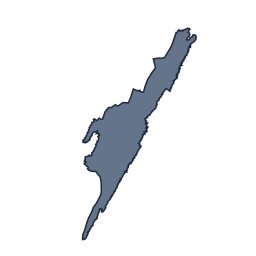 outline of Rangamati, Chittagong, Bangladesh, rotated 37°
{"feature_id": "16705992B35610473312733", "entity_name": "Rangamati", "entity_type": "district", "adm_level": 2, "iso_a3": "BGD", "parent_name": "Bangladesh", "parent_adm1": "Chittagong", "projection": "equal_earth", "projection_center": [92.168, 22.796], "detail": "fine", "context": "isolated", "style": "filled", "palette": "slate", "viewbox_px": 256, "rotation_deg": 37, "n_neighbors": 0, "source": "geoboundaries", "source_scale": "gbopen_adm2", "svg_char_len": 5962}
<svg xmlns="http://www.w3.org/2000/svg" viewBox="0 0 256 256"><g transform="rotate(37 128 128)"><path d="M158.8,244.4L159.4,243.2L160.4,243.1L160.3,242.3L160.7,241.5L159.5,235.9L159.3,235.6L158.7,235.8L158.8,235.1L158.4,234.9L159.1,233.5L158.5,232.7L158.7,231.2L158.4,231.0L158.5,230.3L157.8,228.4L158.5,228.0L158.7,227.2L157.2,224.6L157.5,223.3L156.8,221.0L157.4,220.8L157.7,218.4L156.8,218.0L156.6,216.1L156.1,215.9L155.2,211.7L154.0,210.2L154.3,209.4L155.3,209.3L155.5,208.3L156.7,208.8L156.4,209.8L156.9,210.6L158.0,210.8L158.5,209.0L158.3,205.8L158.1,204.7L157.0,204.4L157.0,200.8L156.7,199.6L156.3,199.4L156.6,194.5L156.1,194.1L156.2,193.4L155.7,192.8L155.9,192.4L155.7,192.0L156.2,191.9L156.2,191.4L155.8,191.2L156.0,190.9L155.7,190.7L155.9,189.1L155.7,188.6L155.9,188.5L155.7,188.5L155.7,187.9L155.4,187.5L155.6,187.5L155.4,186.9L155.7,186.3L155.1,185.0L154.9,181.7L154.5,181.5L154.3,180.2L154.0,180.2L154.1,179.1L153.7,178.9L153.7,177.2L153.4,176.8L153.7,176.4L153.3,176.0L153.6,175.5L153.0,175.5L153.2,174.5L152.9,173.8L153.4,173.5L152.9,173.2L153.3,173.1L153.3,172.6L152.8,171.3L152.9,169.9L152.5,168.9L152.5,165.7L152.2,165.5L152.2,164.9L152.8,164.5L152.1,164.5L152.7,164.1L152.5,163.8L152.9,163.1L152.5,163.0L152.9,162.6L152.5,162.2L152.2,162.6L152.4,162.1L151.8,160.7L152.0,160.6L151.7,159.9L151.9,159.2L151.6,158.7L151.1,158.7L151.0,157.4L150.2,156.9L150.8,156.2L150.7,155.2L151.2,155.4L151.7,155.0L151.7,153.7L151.4,153.8L151.2,153.4L151.8,153.2L151.5,153.2L151.5,151.9L151.0,151.5L151.0,150.8L151.3,151.0L151.4,150.5L150.9,150.2L151.0,149.4L150.7,149.4L151.2,148.5L151.2,147.8L150.6,147.8L150.4,146.9L150.4,145.9L150.7,145.7L150.4,145.1L150.4,144.6L150.8,144.6L150.8,143.8L150.3,142.8L149.5,138.5L149.7,136.8L149.1,136.0L149.4,135.5L148.9,135.6L148.7,134.7L148.4,135.0L147.6,134.3L147.4,134.5L147.1,133.9L145.8,133.9L146.3,133.0L145.8,132.3L145.9,130.6L145.6,129.3L145.4,129.5L145.6,127.8L144.9,126.7L145.1,126.2L144.8,125.8L144.6,126.4L144.4,125.0L143.9,124.8L144.3,124.4L144.0,124.1L144.7,123.5L143.8,122.0L144.7,122.2L144.3,121.7L144.5,121.0L144.2,121.0L144.9,120.5L144.4,120.1L144.6,119.7L143.8,119.5L144.0,118.6L144.5,118.5L143.4,117.8L143.5,115.6L143.2,115.2L142.1,116.7L142.0,115.9L140.9,113.9L140.7,112.5L140.1,113.2L139.3,112.7L139.1,113.5L138.7,112.7L139.1,112.0L138.8,111.3L136.8,111.4L136.7,110.6L136.4,110.5L136.7,110.4L136.5,110.0L136.9,108.6L136.5,107.7L136.9,107.6L136.6,107.4L136.6,106.3L137.1,105.6L137.1,104.8L137.5,104.8L137.3,102.5L137.5,101.4L137.1,101.1L137.6,99.2L137.3,98.5L137.8,97.7L138.2,95.6L137.4,93.7L137.6,93.1L137.2,92.6L137.1,92.0L136.7,92.2L136.2,90.7L135.6,90.6L135.1,89.9L136.0,86.9L135.0,86.1L135.4,84.7L135.1,84.5L135.7,83.3L135.0,80.7L134.8,80.6L135.4,80.1L134.7,79.7L134.7,75.0L134.4,73.7L134.0,73.6L139.1,73.4L139.0,73.2L139.3,73.0L138.9,72.8L138.5,71.8L138.8,71.1L138.0,70.6L137.9,69.8L138.4,70.0L137.8,67.9L137.2,67.5L137.6,64.9L136.7,64.0L136.7,63.2L136.3,63.4L136.0,62.8L136.0,63.5L135.7,62.8L136.4,61.7L136.7,59.9L137.2,59.3L137.1,58.8L136.8,58.7L137.0,58.0L136.1,57.4L136.2,56.6L135.6,57.5L134.9,56.7L135.7,55.8L134.6,55.7L135.1,54.5L134.7,54.6L134.6,53.4L134.6,52.7L134.8,53.2L135.1,52.8L135.0,52.0L134.1,51.7L134.0,49.2L133.6,49.0L132.8,49.8L132.5,47.7L132.2,47.4L132.8,46.4L132.4,46.6L132.1,46.1L132.5,46.0L132.7,45.2L131.3,44.5L131.6,44.1L131.9,44.3L131.8,43.7L132.1,43.6L131.2,42.6L131.7,42.2L131.3,41.7L131.6,41.7L131.5,41.0L131.8,40.9L131.5,40.6L131.6,39.5L131.2,39.4L131.3,38.9L131.0,39.2L130.9,38.5L131.4,37.8L131.0,36.9L130.3,36.7L130.7,35.8L130.6,34.7L130.7,34.2L131.0,34.3L130.4,33.1L130.6,32.4L130.2,32.0L130.5,31.5L129.8,29.6L129.4,30.2L129.1,29.3L128.7,29.0L128.6,26.7L129.4,26.1L128.8,25.2L128.0,25.0L127.8,25.7L127.6,24.9L128.1,24.0L127.3,23.6L128.9,18.8L128.8,16.2L127.8,15.2L127.7,14.3L126.6,13.4L125.1,13.5L124.3,13.9L123.9,14.8L124.4,17.1L123.9,17.3L123.5,18.3L123.6,20.4L122.6,22.2L121.6,22.2L121.6,21.5L121.2,21.2L121.1,19.9L121.8,18.3L121.2,16.4L120.8,15.7L119.3,15.1L118.5,15.5L118.4,14.4L117.8,13.6L118.0,11.8L117.1,11.6L116.4,12.2L115.4,12.4L115.0,14.0L113.7,15.6L113.6,17.0L113.1,17.5L112.7,17.1L112.0,17.8L111.4,19.3L109.8,18.9L109.2,20.4L109.6,21.1L109.5,22.8L109.0,22.9L112.8,34.2L113.6,37.9L114.8,49.7L113.2,51.8L110.5,53.6L106.6,57.6L113.7,63.3L113.8,69.9L114.5,77.3L116.4,84.0L118.8,90.0L117.7,90.9L115.3,91.6L114.9,90.8L112.8,92.7L108.8,93.6L111.8,102.2L113.1,107.7L108.6,110.8L107.1,115.6L105.9,116.9L103.9,116.9L102.2,122.0L100.3,123.2L99.9,126.4L100.0,129.1L102.3,136.3L101.2,137.2L99.1,137.4L98.7,140.7L95.5,141.0L95.3,142.0L96.4,142.4L96.9,143.5L95.9,145.5L96.5,146.8L96.5,149.0L97.1,150.5L96.8,151.0L97.8,152.3L97.7,153.1L98.1,153.2L98.2,154.7L98.7,155.1L98.7,156.0L98.4,156.2L98.8,156.4L99.3,158.3L99.1,158.8L99.6,160.1L99.8,161.5L99.5,161.9L100.0,162.1L100.2,163.3L99.8,163.4L99.4,164.9L99.9,165.5L100.3,165.2L101.2,165.5L100.4,165.7L100.4,166.4L102.1,166.0L102.6,165.7L102.7,164.7L103.6,164.4L103.7,163.5L104.1,163.1L103.8,162.0L104.7,160.9L104.1,159.9L104.2,158.9L103.5,158.3L103.8,155.8L103.4,155.7L103.5,155.3L102.8,154.2L103.3,151.3L105.1,150.6L105.0,149.9L105.6,149.6L105.6,149.1L105.9,149.6L105.9,150.5L106.4,150.6L106.3,151.1L106.9,150.4L107.4,150.6L107.7,150.1L108.6,150.1L108.7,150.8L109.6,150.8L109.1,152.7L109.6,152.6L110.0,153.6L110.9,154.1L111.8,155.6L111.8,156.6L111.3,157.1L112.0,157.3L112.1,160.6L112.8,160.5L113.5,162.6L113.5,164.2L114.0,165.2L114.1,166.5L114.4,166.9L114.1,167.5L114.5,168.7L114.0,169.4L115.1,170.5L115.0,171.6L115.3,172.1L114.9,172.2L114.7,172.8L113.9,172.8L113.5,173.8L112.9,173.8L113.1,174.7L111.3,176.6L111.8,177.8L112.2,177.9L113.2,180.8L114.3,180.3L115.1,180.7L114.8,181.2L115.0,182.2L114.3,182.5L114.4,182.9L119.5,183.3L120.4,183.6L120.2,185.0L121.3,185.2L122.9,185.2L126.5,183.6L128.0,182.1L135.5,184.0L139.0,187.2L144.9,194.7L146.1,197.0L146.7,199.0L148.0,207.1L148.1,212.1L149.7,217.7L150.5,223.0L151.8,227.5L154.7,235.1L156.2,240.6L158.8,244.4Z" fill="#64748b" stroke="#1e293b" stroke-width="1.5"/></g></svg>